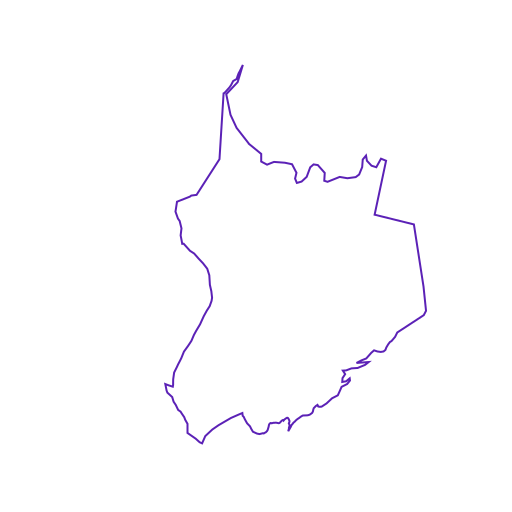 San Cristóbal Lachirioag, Oaxaca, Mexico (Natural Earth projection), rotated 53°
{"feature_id": "50627088B73044983414365", "entity_name": "San Cristóbal Lachirioag", "entity_type": "district", "adm_level": 2, "iso_a3": "MEX", "parent_name": "Mexico", "parent_adm1": "Oaxaca", "projection": "natural_earth1", "projection_center": [-96.168, 17.35], "detail": "fine", "context": "isolated", "style": "outline", "palette": "violet", "viewbox_px": 512, "rotation_deg": 53, "n_neighbors": 0, "source": "geoboundaries", "source_scale": "gbopen_adm2", "svg_char_len": 3759}
<svg xmlns="http://www.w3.org/2000/svg" viewBox="0 0 512 512"><g transform="rotate(53 256 256)"><path d="M402.1,189.2L404.2,157.6L402.1,153.2L381.2,140.6L325.8,110.9L294.4,136.4L258.2,94.8L253.5,97.6L257.5,106.5L253.4,109.4L246.7,110.1L242.0,107.7L243.2,112.7L248.9,117.7L253.0,124.6L253.0,128.9L248.9,136.2L243.2,141.6L239.8,154.2L237.0,156.2L231.0,151.1L220.6,151.9L217.5,154.9L217.8,159.3L223.3,167.9L224.0,174.8L222.2,179.4L217.7,178.2L213.9,173.6L204.4,172.0L198.9,176.8L191.7,185.0L191.0,187.4L189.7,192.2L183.7,195.0L177.6,190.4L162.0,194.2L161.8,194.1L160.8,194.1L142.0,194.4L127.9,191.4L108.9,182.4L106.1,166.0L95.5,151.5L96.0,152.5L98.7,157.8L99.6,159.9L101.2,162.4L102.8,164.7L103.0,165.0L102.5,168.9L104.6,173.3L105.4,175.8L106.8,183.0L106.6,184.0L156.7,226.9L171.4,266.7L168.8,271.3L168.8,273.1L165.1,286.4L172.1,293.6L179.1,295.8L182.1,295.9L189.1,298.9L194.2,303.8L197.5,305.4L201.9,307.6L202.6,306.4L207.2,306.0L212.1,305.6L216.8,303.9L223.6,303.4L229.9,302.7L236.8,302.6L243.3,304.9L251.3,310.2L257.3,312.9L262.9,316.2L265.1,318.5L268.2,323.2L270.0,328.1L272.6,333.9L276.9,341.8L279.7,348.7L281.7,353.1L284.3,357.6L284.9,358.7L285.7,360.9L286.9,364.3L289.0,371.1L292.6,377.1L294.0,379.9L295.7,383.5L297.0,385.9L299.8,391.5L304.6,396.3L306.5,397.8L309.1,399.8L310.3,401.1L306.7,403.6L303.7,405.5L309.7,408.4L311.8,409.0L318.2,407.8L322.8,409.5L326.6,409.7L332.1,410.8L334.9,409.9L337.1,410.1L341.5,410.3L344.2,411.1L348.8,411.7L356.1,417.2L365.6,414.1L370.8,413.1L373.2,411.8L369.3,404.9L368.3,395.3L368.6,387.7L369.4,380.9L370.3,373.4L372.3,364.9L373.2,361.4L375.6,362.8L377.1,362.6L379.3,363.1L382.0,363.5L384.3,363.8L388.4,363.3L390.5,363.7L390.9,363.8L394.5,364.2L398.4,362.1L400.3,360.4L400.5,360.0L401.7,357.1L402.4,356.6L402.4,355.8L402.7,354.2L402.4,352.4L401.9,351.3L399.9,348.6L398.7,347.3L398.3,346.5L398.2,346.3L398.1,345.2L398.2,344.8L398.4,344.6L398.5,344.5L398.7,344.4L398.9,344.2L399.1,344.1L399.2,343.7L399.7,342.5L400.0,342.0L400.3,341.7L400.5,341.3L400.6,341.2L401.0,340.5L401.5,340.0L401.6,339.9L402.6,339.0L403.1,338.6L403.3,338.3L403.5,337.7L403.4,336.9L403.2,335.5L403.0,334.7L403.1,333.8L403.2,333.1L403.5,332.8L404.0,332.9L403.9,332.5L403.7,331.7L403.7,331.4L403.7,329.7L403.8,329.3L403.9,328.5L404.1,328.3L404.3,328.1L404.5,328.0L405.1,328.0L406.3,328.1L406.8,328.3L407.6,328.4L407.9,328.6L408.2,328.8L408.6,329.1L408.8,329.4L408.9,329.6L409.1,329.9L409.3,330.3L409.4,330.5L409.6,330.6L410.3,330.7L410.9,330.8L411.4,331.1L411.7,331.4L412.2,332.0L412.7,332.7L412.9,332.9L413.0,333.1L413.6,333.5L414.1,334.1L414.3,334.4L415.1,335.4L415.4,335.7L414.9,334.8L414.8,334.5L414.7,334.2L414.6,333.9L414.4,333.5L414.3,333.2L414.1,332.8L413.3,330.9L413.0,330.5L412.7,329.8L412.3,329.0L412.2,328.5L412.0,327.3L411.7,326.7L411.6,325.1L411.6,324.7L411.5,324.0L411.3,323.5L411.3,322.9L411.2,322.1L411.2,321.6L411.2,320.5L411.3,319.3L411.3,319.1L411.3,316.8L411.4,315.9L411.5,314.8L411.9,314.1L412.6,313.1L413.4,312.0L414.4,310.4L414.9,309.1L415.1,308.1L415.1,307.1L415.1,306.5L415.1,305.6L414.7,304.7L414.4,304.1L413.9,303.5L413.3,302.9L412.3,301.5L412.2,301.0L412.1,300.1L411.9,299.2L411.8,298.3L411.9,297.7L411.9,296.5L412.7,296.6L413.1,296.8L413.5,296.9L413.8,296.7L414.3,296.4L414.8,295.8L415.0,295.4L415.4,295.0L415.8,294.2L416.2,288.4L415.4,280.9L416.5,274.5L414.1,270.1L412.0,266.4L412.2,265.3L413.1,260.3L412.0,255.9L410.1,254.8L410.3,259.4L408.5,262.9L405.6,260.4L404.0,255.9L399.8,255.6L401.6,252.9L403.2,247.4L406.6,242.2L407.3,239.4L408.6,234.4L408.5,229.8L401.9,240.1L402.8,234.7L404.2,229.6L402.7,222.3L402.4,218.5L405.3,216.5L406.2,215.6L407.7,214.1L409.0,211.6L408.9,209.2L407.5,207.0L406.1,203.6L405.3,200.8L405.5,199.0L404.3,193.6L403.4,191.8L402.1,189.2Z" fill="none" stroke="#5b21b6" stroke-width="2"/></g></svg>